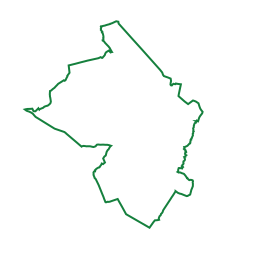 the district of Chucándiro, Michoacán, Mexico, rotated 315°
{"feature_id": "50627088B8193308605662", "entity_name": "Chucándiro", "entity_type": "district", "adm_level": 2, "iso_a3": "MEX", "parent_name": "Mexico", "parent_adm1": "Michoacán", "projection": "equal_earth", "projection_center": [-101.355, 19.895], "detail": "fine", "context": "isolated", "style": "outline", "palette": "green", "viewbox_px": 256, "rotation_deg": 315, "n_neighbors": 0, "source": "geoboundaries", "source_scale": "gbopen_adm2", "svg_char_len": 5373}
<svg xmlns="http://www.w3.org/2000/svg" viewBox="0 0 256 256"><g transform="rotate(315 128 128)"><path d="M192.2,169.3L192.4,167.3L192.8,165.4L193.6,163.6L194.8,161.3L195.3,160.4L194.7,157.3L194.2,156.1L193.4,154.5L187.4,153.6L186.8,149.3L186.3,141.7L186.3,141.1L188.3,139.7L196.3,134.5L194.3,131.9L193.3,130.4L192.6,130.6L192.0,129.9L191.4,128.9L190.6,128.8L189.1,128.9L188.6,128.3L188.7,127.4L190.0,126.3L191.7,125.2L193.1,123.2L191.9,120.4L190.6,117.7L190.1,116.6L190.3,115.7L190.3,115.3L191.4,113.0L191.8,109.7L193.4,81.8L194.1,67.9L195.2,47.6L196.3,46.0L195.1,44.2L193.0,43.4L192.9,43.4L190.5,42.5L190.4,42.4L189.8,42.1L189.1,41.9L189.0,41.7L188.7,41.7L187.6,41.1L186.4,40.4L185.1,39.7L184.0,39.2L183.9,39.1L182.7,38.3L181.9,37.8L181.5,37.6L181.4,37.7L180.9,37.3L180.8,37.0L180.6,37.0L180.3,37.8L179.8,38.1L179.3,38.3L179.2,38.4L179.2,38.6L178.3,39.3L178.2,39.4L178.3,39.6L178.0,40.4L177.9,40.8L177.9,41.0L178.0,41.7L177.9,41.8L177.7,41.9L177.5,42.0L177.1,42.1L177.1,42.4L177.2,42.7L177.2,43.0L176.7,43.8L176.5,44.2L175.8,45.3L175.7,45.4L175.5,45.7L175.1,46.2L175.0,46.3L174.9,46.4L174.8,46.5L174.7,46.6L174.4,46.6L174.1,46.8L174.1,47.0L173.5,47.8L173.4,47.9L173.0,48.1L172.8,48.2L172.7,48.2L172.3,48.1L172.1,48.0L171.9,48.3L172.0,48.6L172.4,48.7L172.3,49.5L172.1,51.0L172.0,51.5L171.9,55.1L171.9,56.6L171.8,57.3L171.7,57.8L171.7,58.3L171.2,59.9L170.8,61.2L170.8,61.3L170.4,62.8L170.3,62.7L169.8,62.5L169.3,62.4L169.1,62.3L169.2,59.8L169.2,59.7L167.6,59.3L166.4,59.0L165.9,59.0L165.2,59.1L164.4,59.4L164.1,59.5L163.6,59.8L163.2,60.0L162.4,60.1L161.0,60.2L160.4,60.2L159.6,60.3L159.5,60.1L159.1,59.9L158.8,58.6L156.4,57.7L147.0,51.7L144.6,50.3L141.6,48.5L136.1,45.3L130.3,41.8L128.8,43.7L127.7,45.1L125.7,47.6L121.9,48.2L121.6,48.7L120.1,49.1L117.6,50.0L116.6,49.8L116.4,48.9L111.6,47.8L109.9,47.4L107.9,47.5L106.2,47.5L104.4,47.6L102.6,47.3L99.8,47.1L99.0,46.7L97.5,48.0L96.3,49.1L95.7,49.9L95.1,50.5L94.6,51.4L93.3,53.2L92.1,54.8L90.7,55.6L89.3,55.7L86.9,55.4L86.1,54.8L84.8,54.2L84.0,53.8L82.3,53.7L78.8,52.2L78.2,52.3L78.2,51.4L78.5,50.7L76.8,50.7L74.4,50.7L73.6,49.9L73.1,49.3L74.0,46.7L72.9,45.8L71.8,44.8L70.7,43.7L69.2,42.6L68.2,42.0L68.4,43.5L68.7,44.6L69.6,46.3L69.9,47.1L70.5,48.9L70.8,50.7L70.6,52.9L70.5,54.8L71.0,56.9L71.2,57.7L73.3,66.7L75.6,76.4L75.7,76.7L80.2,85.9L80.4,87.5L80.4,88.4L81.5,101.8L81.9,107.2L82.0,107.8L82.0,108.3L82.6,108.4L84.0,109.3L85.8,111.7L87.5,113.3L88.4,114.3L89.3,115.8L90.1,117.0L90.6,117.3L92.1,118.0L94.1,117.8L95.0,118.4L95.4,118.8L96.6,120.3L98.7,122.2L99.3,123.0L99.6,123.3L101.6,125.4L102.5,126.8L103.4,128.6L102.3,128.5L99.9,129.1L99.0,129.4L98.2,129.2L96.0,129.8L94.0,131.0L92.8,131.7L91.1,131.5L89.7,131.8L88.9,132.0L87.3,136.1L85.1,135.9L84.9,135.9L84.4,134.8L84.3,134.6L84.0,134.8L83.0,135.1L82.8,135.1L82.1,135.2L81.3,135.3L80.6,135.5L80.3,135.6L79.9,135.6L79.7,135.3L78.9,135.0L77.8,134.7L76.7,134.5L76.0,134.5L75.8,134.6L75.6,134.5L74.9,134.5L74.8,134.8L74.3,135.2L74.2,134.9L73.8,134.9L73.4,134.9L73.2,134.8L72.6,134.9L72.2,135.0L70.9,136.5L70.5,136.7L70.3,137.1L69.8,138.3L69.6,138.8L69.4,139.1L69.3,139.5L69.1,139.6L69.0,140.2L69.1,141.2L68.9,141.8L66.9,147.6L63.7,155.1L62.9,157.0L62.1,159.0L60.9,161.5L60.2,163.2L59.7,164.2L59.9,164.7L59.9,165.0L60.4,165.2L60.6,165.3L60.9,165.5L61.4,165.7L61.5,165.8L61.7,166.2L62.0,166.5L62.7,167.0L63.1,167.3L63.8,167.6L70.5,170.9L69.7,173.6L68.1,179.4L67.2,182.5L65.7,187.6L72.7,213.7L79.1,212.6L81.7,212.3L83.3,213.7L84.0,214.2L85.1,214.9L85.2,214.7L85.9,213.6L86.9,213.1L87.3,213.0L87.9,212.7L89.2,212.8L89.7,212.7L90.0,212.4L90.6,212.1L91.6,212.2L93.1,211.9L94.2,211.3L94.9,211.0L108.0,208.3L109.7,207.9L110.2,207.8L111.4,207.6L113.3,207.2L115.1,206.8L116.9,206.4L117.0,206.3L117.4,209.0L118.2,211.0L118.8,211.9L119.1,212.4L120.1,214.8L120.8,216.4L121.3,217.6L122.1,218.2L123.0,218.4L123.3,218.5L124.5,218.9L124.9,219.0L128.0,217.2L128.9,216.6L130.9,215.8L132.7,215.0L134.6,213.2L135.2,212.3L135.5,212.0L135.9,211.8L136.2,211.7L136.3,211.6L136.6,211.0L136.7,210.8L136.4,210.0L136.3,209.8L135.5,208.8L134.5,208.2L134.4,207.6L134.4,206.5L134.2,205.3L134.5,205.1L134.4,205.0L134.6,203.9L134.9,202.5L135.1,200.0L134.8,199.3L133.9,197.6L133.7,196.7L133.1,195.9L132.3,195.3L132.0,194.1L132.7,194.2L134.0,193.0L135.5,192.2L136.3,192.9L137.7,194.9L138.6,194.4L139.3,194.5L139.4,193.7L138.9,193.4L139.0,193.0L139.8,193.1L140.1,192.7L140.7,192.5L141.1,192.6L141.7,192.6L142.4,192.2L142.9,191.3L143.7,190.8L144.8,191.0L145.6,190.8L146.3,190.3L146.3,190.2L146.6,189.5L146.7,189.2L147.1,188.7L147.2,188.3L148.3,188.9L148.9,188.3L149.9,188.4L149.7,187.7L149.9,187.2L150.0,186.6L150.7,186.3L150.8,186.1L151.9,186.2L152.0,185.5L152.4,185.6L153.0,184.2L152.7,183.6L152.7,182.4L153.6,182.4L154.2,181.3L154.5,181.6L155.0,181.7L156.0,182.1L157.4,182.6L160.6,182.5L161.0,182.8L161.5,182.6L162.0,182.2L162.1,181.9L163.1,181.4L163.7,180.8L164.1,180.5L164.4,180.5L164.5,180.5L164.7,180.8L165.4,180.2L165.9,180.3L167.5,179.5L168.6,179.2L169.6,177.9L170.2,177.9L170.9,177.3L171.3,176.9L171.5,176.7L172.1,176.8L172.5,175.8L173.1,175.4L173.8,174.3L175.2,173.9L176.0,173.0L176.8,172.7L177.2,172.3L178.6,171.8L179.7,172.2L179.9,171.8L180.8,171.9L181.2,172.0L181.0,171.3L181.2,171.5L181.5,171.6L181.8,171.5L181.8,171.9L182.2,172.1L182.2,172.5L182.3,172.8L182.9,172.5L183.0,172.4L185.7,171.0L186.8,170.7L187.7,170.5L190.8,170.1L192.2,169.3Z" fill="none" stroke="#15803d" stroke-width="2"/></g></svg>